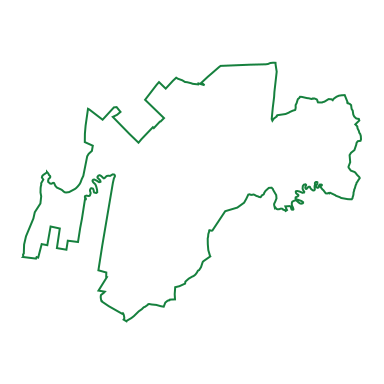 Turulung, Satu Mare, Romania (orthographic projection)
{"feature_id": "2599482B56288679911184", "entity_name": "Turulung", "entity_type": "district", "adm_level": 2, "iso_a3": "ROU", "parent_name": "Romania", "parent_adm1": "Satu Mare", "projection": "orthographic", "projection_center": [23.099, 47.923], "detail": "fine", "context": "isolated", "style": "outline", "palette": "green", "viewbox_px": 384, "rotation_deg": 0, "n_neighbors": 0, "source": "geoboundaries", "source_scale": "gbopen_adm2", "svg_char_len": 5959}
<svg xmlns="http://www.w3.org/2000/svg" viewBox="0 0 384 384"><path d="M123.6,319.6L126.5,321.3L126.7,320.8L131.3,318.1L133.8,316.2L138.8,311.3L141.8,309.2L143.7,307.3L145.0,306.8L147.7,304.9L148.2,304.2L149.1,304.0L151.8,304.5L156.2,304.9L160.8,306.2L163.7,306.7L165.3,302.6L167.6,300.7L169.4,300.3L169.5,299.8L169.9,299.6L175.0,299.4L174.7,294.1L175.2,287.2L179.4,286.2L185.1,283.6L185.4,281.6L188.8,278.6L192.4,276.5L193.5,276.1L195.3,274.7L196.9,272.6L197.9,270.7L199.1,270.1L201.0,267.2L202.6,262.3L202.9,261.7L203.7,261.0L210.3,256.4L209.9,255.6L208.3,250.1L207.8,244.2L207.7,238.5L208.1,236.6L208.3,234.1L209.3,231.0L209.2,230.4L209.6,230.2L211.5,230.7L212.4,230.5L225.2,211.2L237.3,207.6L244.1,202.7L246.3,198.8L248.3,194.6L249.7,194.3L250.3,194.7L251.7,194.9L253.5,194.5L254.4,194.8L256.5,196.0L257.8,196.3L258.9,196.9L260.4,197.2L261.1,196.7L261.7,195.5L263.5,194.5L264.0,193.8L264.2,192.9L265.5,190.9L268.8,187.9L271.6,187.7L272.9,189.1L273.3,190.2L276.2,195.1L276.5,198.4L275.2,201.7L274.2,203.7L274.1,204.7L274.3,205.8L274.9,208.1L275.5,207.6L276.4,208.9L277.6,209.3L279.2,209.2L280.6,208.7L282.1,208.7L282.8,209.1L283.2,209.7L285.0,210.2L285.6,211.0L287.0,210.1L286.0,208.1L285.8,207.3L285.4,206.4L289.7,206.1L290.6,206.5L291.5,209.3L292.0,209.7L293.1,209.7L293.4,209.4L293.3,208.7L292.8,207.2L292.2,206.1L291.8,204.6L291.8,203.3L292.0,202.3L292.4,201.6L294.9,200.4L295.8,200.3L296.6,200.7L298.9,202.7L300.2,203.5L301.2,203.7L302.6,203.4L303.1,202.9L303.1,202.2L302.0,201.5L301.7,201.1L296.3,199.2L295.6,198.5L295.5,198.2L295.7,197.3L297.8,196.3L298.3,195.7L298.4,195.1L297.7,194.4L296.8,193.9L296.1,193.2L295.8,192.1L295.8,191.5L296.0,191.2L297.2,191.0L299.5,191.5L302.5,192.8L303.4,192.6L303.8,192.1L304.1,192.3L304.3,191.9L302.9,189.7L302.6,188.6L302.8,186.1L303.8,184.7L305.5,184.3L306.1,184.9L306.1,185.3L305.5,186.5L305.3,187.8L305.7,188.7L305.9,188.9L306.2,189.0L306.8,188.7L308.4,186.9L309.3,186.7L309.9,186.9L310.3,187.9L311.0,188.9L312.7,190.3L313.8,190.5L314.5,190.1L314.9,189.0L314.6,188.0L314.6,186.0L315.0,184.8L314.9,183.1L315.1,182.6L315.9,182.0L316.9,182.0L317.4,182.3L317.4,183.2L317.2,183.9L315.9,186.3L316.1,186.8L317.3,187.8L318.1,187.7L318.5,187.5L319.0,185.7L319.5,184.8L319.9,184.5L321.2,184.5L321.6,184.7L321.8,184.8L321.8,185.4L320.7,186.2L320.5,186.9L322.4,189.4L323.3,190.1L325.7,193.3L327.1,193.5L328.9,192.9L329.3,193.4L330.2,192.8L335.3,195.2L336.0,195.8L339.6,197.1L341.2,198.0L348.0,199.2L351.7,199.3L352.5,198.2L352.7,197.0L353.2,195.6L353.5,194.0L353.5,192.7L354.2,190.3L354.2,189.6L354.8,188.4L355.7,185.2L356.4,183.8L356.6,182.7L357.3,181.9L358.3,180.2L359.7,178.2L359.6,177.6L359.2,177.0L357.2,175.0L355.4,172.7L354.6,172.0L350.8,170.6L348.6,167.6L348.5,166.7L350.2,162.2L349.6,155.1L351.0,152.8L354.4,150.1L356.3,144.5L356.5,143.1L356.8,142.5L357.8,141.2L360.5,140.8L361.0,139.3L360.8,136.0L360.2,134.0L359.3,132.8L358.8,130.8L357.8,128.9L357.4,127.8L357.4,126.8L357.1,126.2L355.3,124.4L359.3,120.5L358.8,118.9L357.1,118.7L356.0,118.3L354.2,116.5L353.3,114.6L352.7,110.6L351.7,109.1L351.5,108.2L351.1,105.1L349.6,103.8L347.5,103.2L347.4,103.0L347.8,102.8L344.7,95.1L341.5,95.3L338.9,95.7L336.6,96.7L334.3,98.3L333.3,99.2L332.7,100.2L331.5,99.3L328.6,99.1L324.4,101.7L323.1,102.0L322.0,102.5L318.0,102.4L317.6,101.7L317.5,101.0L317.2,100.1L316.7,99.4L314.5,98.5L313.8,98.4L313.0,98.8L312.6,98.5L311.5,99.0L308.9,98.3L307.0,98.1L301.8,96.9L300.0,96.8L299.2,98.1L298.0,99.0L297.7,99.6L296.6,103.2L295.7,104.9L295.6,105.7L295.7,107.7L295.3,109.7L295.1,110.0L292.7,110.7L289.6,112.1L288.9,112.6L285.6,114.0L277.4,115.2L276.8,115.6L276.8,116.4L273.8,118.6L272.4,120.7L271.7,119.0L272.8,107.5L274.1,97.0L274.4,92.0L276.7,71.7L275.6,64.6L275.5,62.8L273.3,62.7L270.3,63.0L268.0,64.0L265.8,64.3L249.8,64.7L220.6,65.9L219.0,67.1L207.9,76.7L201.1,83.0L202.9,83.8L204.5,85.2L198.4,83.4L198.2,84.4L195.3,84.1L192.7,83.8L191.1,83.2L187.1,82.2L185.0,82.0L182.3,80.3L177.8,78.7L176.2,77.7L173.0,80.7L165.7,88.6L159.0,82.1L156.7,84.7L145.1,99.8L164.0,118.1L160.6,121.5L159.9,121.6L153.8,128.1L152.9,127.2L141.6,139.0L138.5,142.7L129.5,134.0L112.8,116.9L117.1,114.8L120.5,111.9L116.6,107.1L113.9,107.4L102.6,119.7L89.3,109.5L88.0,108.8L85.6,125.6L84.9,133.7L84.8,142.1L92.8,145.7L91.9,150.9L88.7,153.8L87.2,156.3L83.3,175.9L81.8,179.0L80.5,182.5L79.5,184.3L77.6,186.6L76.0,188.2L74.9,189.0L69.1,192.1L66.1,192.5L64.8,192.3L63.7,191.6L62.1,190.1L60.7,189.3L56.9,187.6L55.3,185.8L54.1,183.1L53.7,182.9L53.0,182.9L51.6,183.7L50.2,183.6L48.2,181.9L48.1,180.7L48.6,178.9L50.0,177.7L50.3,176.9L50.1,176.0L49.0,175.0L48.3,173.5L47.0,172.0L47.0,172.4L43.3,174.9L42.2,176.1L41.9,177.5L43.3,179.6L41.2,183.2L41.2,185.0L40.8,186.5L40.6,188.1L40.5,192.5L41.2,196.3L40.4,203.5L34.8,212.2L33.4,218.5L26.0,236.3L24.1,244.5L23.8,253.5L23.1,254.4L23.2,256.8L23.0,257.0L36.0,258.6L36.6,257.1L38.2,257.6L41.7,244.1L47.3,245.2L50.6,226.5L59.8,228.5L56.9,248.1L66.4,249.7L67.8,240.7L78.0,242.0L80.2,227.9L81.9,219.0L85.0,199.1L85.8,199.3L85.9,199.1L85.8,198.3L85.2,198.0L84.9,197.3L84.9,196.7L85.0,196.2L86.4,195.6L88.5,196.0L89.3,195.9L89.9,195.5L90.6,193.5L90.6,192.8L90.0,190.9L90.0,190.3L90.2,189.4L90.8,188.5L91.2,188.2L92.7,188.5L93.1,188.9L93.7,190.3L93.8,191.7L94.2,192.5L96.2,193.0L97.2,192.3L97.1,190.0L96.3,186.7L95.4,184.4L93.2,182.3L92.9,181.7L92.5,180.9L92.7,180.2L93.2,179.7L94.2,179.5L96.6,180.6L98.9,182.1L99.8,182.1L100.5,181.8L100.5,181.3L100.2,180.6L99.7,179.8L97.5,177.7L97.5,176.8L98.4,175.6L99.7,175.2L101.2,176.0L103.6,178.3L104.1,178.3L104.9,177.8L106.1,176.5L106.8,176.0L108.3,175.7L110.1,175.9L112.6,174.4L114.1,174.5L114.7,175.1L114.9,175.6L114.9,176.4L113.9,178.4L112.9,182.8L102.3,245.3L98.4,270.3L106.3,272.5L106.2,276.9L106.9,277.1L98.5,290.6L104.8,291.7L103.7,292.9L101.2,294.8L100.9,295.2L100.7,297.1L100.9,298.8L101.3,300.6L101.8,300.9L101.7,301.4L108.8,306.2L119.0,312.0L122.2,313.8L122.9,313.2L123.1,313.4L123.8,315.0L124.3,317.6L124.2,318.7L123.6,319.6Z" fill="none" stroke="#15803d" stroke-width="2"/></svg>